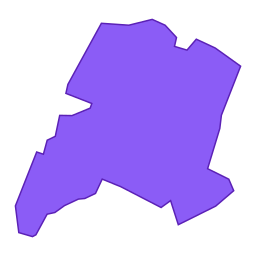 outline of Khiva city, Khorezm, Uzbekistan
{"feature_id": "79887680B59806370896431", "entity_name": "Khiva city", "entity_type": "district", "adm_level": 2, "iso_a3": "UZB", "parent_name": "Uzbekistan", "parent_adm1": "Khorezm", "projection": "albers", "projection_center": [60.357, 41.382], "detail": "fine", "context": "isolated", "style": "filled", "palette": "violet", "viewbox_px": 256, "rotation_deg": 0, "n_neighbors": 0, "source": "geoboundaries", "source_scale": "gbopen_adm2", "svg_char_len": 615}
<svg xmlns="http://www.w3.org/2000/svg" viewBox="0 0 256 256"><path d="M165.1,25.2L152.2,19.4L128.8,25.2L101.4,23.3L67.9,84.4L65.9,93.4L91.8,103.5L90.2,108.1L72.0,115.6L59.7,115.4L55.3,136.3L47.2,140.2L43.4,154.2L36.7,152.0L15.4,205.9L18.8,232.6L32.5,236.6L35.9,234.8L47.1,214.2L54.9,212.5L64.5,205.6L78.4,199.1L84.8,198.5L95.5,193.4L102.2,179.1L116.1,184.8L120.4,186.5L161.1,207.5L170.6,200.6L178.3,224.7L215.7,206.1L233.7,190.7L228.8,179.2L207.6,168.7L219.8,128.5L221.4,115.2L240.6,66.2L215.2,48.0L196.3,39.2L187.0,50.1L174.5,46.4L176.5,37.5L165.1,25.2Z" fill="#8b5cf6" stroke="#5b21b6" stroke-width="1.5"/></svg>